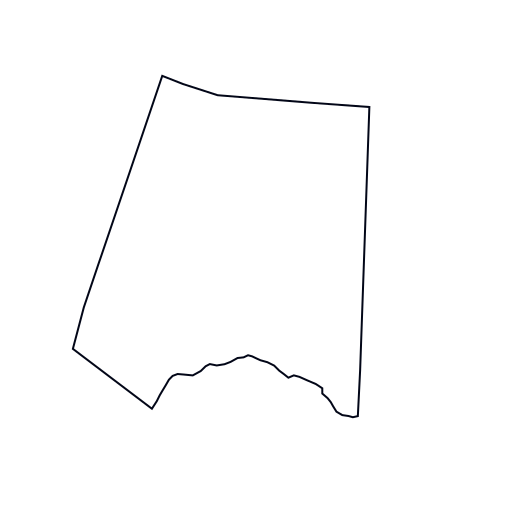 Alto Alegre do Maranhão, Maranhão, Brazil, rotated 22°
{"feature_id": "56859067B93761697279907", "entity_name": "Alto Alegre do Maranhão", "entity_type": "district", "adm_level": 2, "iso_a3": "BRA", "parent_name": "Brazil", "parent_adm1": "Maranhão", "projection": "natural_earth1", "projection_center": [-44.362, -4.21], "detail": "fine", "context": "isolated", "style": "outline", "palette": "ink", "viewbox_px": 512, "rotation_deg": 22, "n_neighbors": 0, "source": "geoboundaries", "source_scale": "gbopen_adm2", "svg_char_len": 811}
<svg xmlns="http://www.w3.org/2000/svg" viewBox="0 0 512 512"><g transform="rotate(22 256 256)"><path d="M410.4,366.3L395.3,322.8L342.7,178.2L305.3,75.4L252.1,92.5L160.2,121.3L123.9,123.9L101.6,124.1L107.5,226.2L112.5,314.3L112.9,322.0L115.6,368.1L121.0,410.7L216.7,436.6L218.4,427.7L218.9,421.3L219.6,416.6L220.7,409.7L221.6,403.3L223.6,398.4L227.5,394.8L233.3,393.0L242.1,390.4L247.9,383.3L250.6,377.1L253.7,373.5L260.6,372.2L267.4,368.1L272.1,363.7L277.1,357.5L282.5,354.6L285.8,351.0L290.0,350.5L294.7,350.8L299.2,351.0L306.3,350.2L313.9,350.8L320.5,353.6L326.2,355.1L331.6,356.7L335.8,352.5L341.5,351.8L349.8,352.1L359.5,352.3L367.0,353.8L369.0,358.7L375.7,361.0L380.1,363.5L383.6,366.3L388.9,370.2L395.6,371.2L401.7,369.7L406.2,369.2L410.4,366.3Z" fill="none" stroke="#020617" stroke-width="2"/></g></svg>